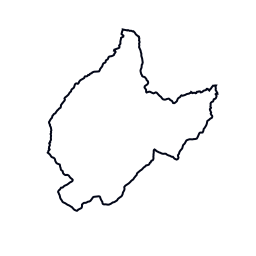 Monte Alegre de Minas, Minas Gerais, Brazil (Albers equal-area conic projection), rotated 107°
{"feature_id": "56859067B97314515422206", "entity_name": "Monte Alegre de Minas", "entity_type": "district", "adm_level": 2, "iso_a3": "BRA", "parent_name": "Brazil", "parent_adm1": "Minas Gerais", "projection": "albers", "projection_center": [-48.909, -18.813], "detail": "fine", "context": "isolated", "style": "outline", "palette": "ink", "viewbox_px": 256, "rotation_deg": 107, "n_neighbors": 0, "source": "geoboundaries", "source_scale": "gbopen_adm2", "svg_char_len": 5769}
<svg xmlns="http://www.w3.org/2000/svg" viewBox="0 0 256 256"><g transform="rotate(107 128 128)"><path d="M62.6,59.0L65.0,60.0L66.0,60.1L66.5,60.6L68.4,61.2L67.3,63.3L67.6,64.2L68.5,64.2L69.5,65.4L70.0,66.3L70.5,66.8L71.3,67.2L72.2,68.0L72.7,69.0L72.0,69.8L72.2,70.8L72.9,71.6L73.1,72.5L73.8,72.9L74.6,72.9L75.0,73.5L74.8,74.4L75.1,75.4L75.8,76.6L75.3,77.4L75.1,78.2L76.1,78.3L76.6,79.2L77.3,79.7L78.1,81.3L78.6,82.0L79.3,82.6L79.9,83.3L81.2,85.3L81.1,86.3L81.8,86.9L82.6,87.0L83.5,87.5L84.2,88.2L84.9,88.7L86.0,89.0L88.0,89.1L88.7,89.5L90.2,90.5L90.8,91.2L90.9,92.2L90.1,92.9L89.2,94.0L88.9,95.8L88.3,96.6L88.0,97.6L88.9,99.3L89.7,100.2L90.1,101.0L90.3,102.0L90.3,102.9L89.9,103.8L88.5,105.7L88.1,107.0L87.4,108.3L85.9,110.8L85.8,111.8L87.4,113.7L87.4,114.9L87.2,115.7L86.9,117.8L87.2,118.6L88.6,120.6L88.2,121.2L86.1,121.9L84.5,124.0L83.3,124.2L82.4,123.7L80.6,122.2L79.0,121.9L78.2,122.2L77.5,122.6L77.0,123.7L76.6,124.3L75.9,124.7L74.6,126.5L74.4,127.5L74.5,128.5L74.2,129.6L73.2,130.3L72.7,131.0L70.6,132.3L69.6,132.8L68.4,132.9L66.3,132.7L63.6,133.3L62.7,133.0L61.0,133.1L57.4,134.8L55.2,136.3L52.7,137.1L52.1,137.7L50.5,138.5L49.7,139.1L47.4,141.1L45.7,141.3L44.0,142.1L42.6,142.0L41.6,142.5L41.0,143.1L40.3,143.1L39.6,143.4L38.8,143.4L38.3,144.1L37.4,144.3L37.0,145.9L36.2,147.8L34.8,149.4L33.9,151.1L34.3,151.9L34.1,152.7L34.1,153.6L34.6,154.7L34.4,156.7L35.0,157.3L34.9,158.1L35.1,159.3L35.2,160.7L35.3,161.9L36.2,161.6L37.3,161.9L38.3,161.7L39.3,161.8L40.1,161.6L41.0,159.4L42.0,159.2L43.3,160.5L43.9,161.0L44.8,160.8L47.5,160.6L49.6,159.9L51.8,160.6L52.8,159.9L53.7,159.8L54.4,160.4L57.1,164.0L58.2,164.0L58.2,162.8L58.9,162.1L60.1,162.4L60.9,162.8L62.0,162.7L63.0,163.4L64.1,164.7L64.8,166.2L65.4,167.0L66.3,167.4L67.4,167.3L68.4,167.6L69.5,168.7L70.4,168.9L71.5,168.7L72.3,169.1L72.8,169.8L73.6,170.5L75.4,170.7L76.7,170.7L77.6,171.1L79.7,171.9L80.7,171.9L81.4,172.0L82.3,172.3L82.7,173.1L84.1,176.9L85.3,178.4L86.3,178.8L86.8,179.6L87.4,180.2L88.5,180.5L88.9,181.6L89.9,181.9L90.6,182.5L91.2,184.2L92.0,184.5L92.9,184.5L93.6,185.0L96.2,187.5L97.8,188.2L99.6,188.4L100.4,188.9L100.3,189.7L100.5,190.6L101.3,191.3L102.3,191.5L104.6,191.5L105.5,191.7L107.5,193.1L108.4,193.3L109.7,193.2L111.1,194.1L113.5,194.7L115.4,195.8L117.4,197.2L118.3,197.4L119.4,196.6L120.6,196.8L121.9,197.4L122.9,197.7L123.8,198.2L124.7,198.4L125.7,198.8L126.9,198.5L128.2,198.4L129.8,199.7L130.9,200.1L131.7,200.7L134.3,201.6L135.1,201.7L136.4,203.0L137.5,203.3L138.4,203.8L140.5,203.7L141.6,204.3L143.7,204.9L144.7,205.0L145.4,205.3L146.4,204.8L147.1,204.2L147.7,203.5L148.5,203.4L149.9,202.0L152.7,200.6L153.8,200.7L154.8,200.2L155.6,200.1L156.4,200.3L157.4,199.5L158.4,199.2L159.4,199.1L161.8,198.2L163.9,198.6L164.6,198.2L165.2,198.8L165.9,198.8L166.4,198.2L167.2,197.7L168.4,197.8L169.3,198.0L170.3,197.6L171.0,197.6L171.3,196.7L172.0,196.8L172.8,197.3L173.5,197.5L174.3,197.2L175.1,197.5L176.1,195.0L177.3,193.6L178.0,192.7L178.2,191.6L178.2,190.4L178.7,189.3L179.4,188.6L180.6,188.0L182.2,186.5L182.7,185.3L182.9,182.6L183.5,182.2L185.0,181.5L185.8,180.8L186.9,180.3L187.6,179.8L188.4,177.8L189.3,177.4L190.1,176.9L190.7,176.1L191.1,175.1L191.3,174.3L191.1,173.4L190.6,172.6L190.6,171.6L190.9,170.6L192.1,169.1L192.6,168.2L193.3,166.3L193.8,165.7L194.6,165.6L195.3,165.9L195.9,166.4L197.4,167.9L198.6,168.6L199.3,169.2L200.1,169.8L201.9,171.9L204.0,173.1L204.7,174.6L206.9,175.2L207.6,175.8L208.5,176.1L209.5,176.2L210.1,175.8L210.6,175.1L211.6,174.5L212.0,173.9L213.5,173.0L214.5,172.5L215.6,171.5L216.3,170.5L217.7,169.0L218.0,168.3L218.3,166.0L219.1,163.4L219.3,161.4L219.9,159.4L220.0,158.6L220.5,157.9L220.9,157.1L221.4,156.4L221.9,155.3L222.1,153.8L222.1,152.6L221.3,152.0L220.5,151.7L220.0,151.0L218.4,149.4L217.7,149.0L216.2,149.1L214.7,149.6L214.0,149.3L213.2,148.8L212.4,148.1L211.9,146.5L211.1,145.6L210.3,144.9L209.5,143.4L208.6,142.6L205.8,141.6L204.6,141.3L203.8,140.5L201.9,136.1L201.8,135.1L202.3,134.4L203.2,133.9L204.8,132.5L206.2,130.9L207.2,130.5L207.9,129.9L208.1,129.0L207.9,128.1L207.5,127.0L207.3,125.4L207.1,124.5L206.6,123.5L205.2,122.0L203.7,120.9L203.2,119.9L202.4,119.0L200.4,117.3L199.5,117.1L198.6,116.8L197.0,115.7L195.4,114.4L194.4,114.0L192.5,113.8L191.3,114.0L189.1,113.5L188.1,113.4L187.1,113.6L185.6,114.3L184.7,114.0L183.8,113.6L180.8,111.1L178.7,109.9L177.9,109.6L176.5,108.7L175.7,108.0L173.8,107.5L172.7,107.0L172.0,106.8L170.5,106.0L168.8,106.1L168.0,105.7L164.8,103.6L164.2,103.0L163.4,102.5L161.1,101.4L159.6,100.2L158.8,100.0L158.3,99.4L157.7,98.3L157.0,97.4L155.9,97.0L154.8,96.9L154.3,96.3L153.3,96.2L152.4,96.0L151.8,95.1L151.0,94.7L150.1,94.7L149.4,94.8L147.9,95.4L147.0,95.5L145.8,95.9L143.4,96.3L142.6,96.7L141.6,96.8L140.8,96.4L141.0,95.3L141.6,94.4L141.8,93.6L142.3,90.7L142.2,89.7L142.5,88.8L142.5,87.4L142.2,86.2L141.7,85.1L141.6,84.1L142.0,83.4L142.4,81.2L142.3,80.0L142.6,78.7L142.7,77.6L142.4,76.7L143.7,74.6L144.0,72.4L143.4,71.5L142.5,71.1L141.4,71.1L140.5,71.8L139.4,72.3L137.8,71.7L136.1,71.8L134.4,71.4L132.2,70.4L131.5,70.2L128.5,70.3L127.6,70.0L126.9,69.5L126.1,69.2L125.3,69.0L123.6,68.7L122.7,68.4L121.7,67.2L120.8,65.9L119.9,62.7L119.3,61.8L119.0,60.7L118.1,59.2L117.2,58.9L115.3,58.6L112.4,58.3L111.6,58.0L111.1,57.2L110.8,56.1L110.5,55.4L109.7,55.2L108.8,55.1L106.7,55.3L105.7,54.8L102.7,54.0L100.7,53.9L98.2,54.2L97.2,53.5L96.4,52.8L95.7,52.5L94.6,51.7L93.9,50.9L93.1,50.7L92.3,50.8L91.6,51.2L91.0,52.3L90.1,53.1L88.9,53.0L86.6,55.0L85.9,55.2L85.1,54.6L84.2,54.6L83.7,55.4L81.7,55.7L80.7,56.2L79.6,56.1L78.5,55.4L77.8,54.5L76.6,54.3L75.6,54.4L75.0,53.9L74.5,53.1L73.6,52.7L71.8,52.6L71.1,52.9L70.0,54.1L69.2,53.6L69.1,52.5L68.2,52.9L67.7,53.6L67.0,54.2L66.3,55.1L65.4,55.5L64.4,55.6L63.7,56.0L62.8,56.4L61.6,56.2L61.9,57.3L62.5,58.2L62.6,59.0Z" fill="none" stroke="#020617" stroke-width="2"/></g></svg>